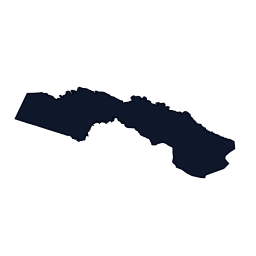 outline of Logone-Et-Chari, Extrême-Nord, Cameroon, rotated 295°
{"feature_id": "32672807B53801841297301", "entity_name": "Logone-Et-Chari", "entity_type": "district", "adm_level": 2, "iso_a3": "CMR", "parent_name": "Cameroon", "parent_adm1": "Extrême-Nord", "projection": "equal_earth", "projection_center": [14.713, 12.015], "detail": "fine", "context": "isolated", "style": "filled", "palette": "ink", "viewbox_px": 256, "rotation_deg": 295, "n_neighbors": 0, "source": "geoboundaries", "source_scale": "gbopen_adm2", "svg_char_len": 5909}
<svg xmlns="http://www.w3.org/2000/svg" viewBox="0 0 256 256"><g transform="rotate(295 128 128)"><path d="M138.2,234.0L140.5,228.7L143.7,227.6L149.2,230.0L154.3,233.2L160.3,229.7L160.3,229.4L160.4,228.3L160.1,227.8L160.4,227.1L160.5,225.3L160.0,223.8L159.8,223.6L159.9,223.0L159.7,222.5L159.4,222.4L159.3,222.1L159.9,221.0L159.7,220.6L159.1,220.4L159.1,220.0L159.5,218.6L159.5,217.9L159.2,216.2L158.6,216.0L158.4,215.8L158.5,215.4L159.3,214.4L159.4,214.1L159.1,213.6L159.2,213.1L159.1,212.9L159.5,212.5L159.5,212.1L159.0,211.3L159.2,210.8L159.1,210.3L158.7,209.8L158.7,209.4L159.2,208.4L159.2,208.1L159.1,207.7L158.6,207.2L158.8,206.9L159.6,206.4L159.7,206.0L159.6,205.7L158.9,204.9L158.7,204.4L159.0,202.3L158.9,202.0L158.5,201.4L158.5,200.9L158.8,200.7L159.2,200.5L159.3,200.0L159.0,199.1L159.1,198.7L160.2,198.2L160.4,197.8L160.1,196.7L160.3,195.9L160.4,195.0L160.4,194.9L160.6,194.1L160.9,193.5L161.7,192.8L161.8,192.5L160.9,189.5L160.9,188.2L161.8,186.9L161.8,186.2L162.3,185.8L162.1,185.0L162.7,184.3L163.1,182.8L163.9,182.3L163.8,181.1L164.3,180.8L164.5,179.7L166.4,178.3L166.4,177.5L167.1,175.5L167.1,173.5L166.7,172.8L166.0,172.2L164.3,171.3L164.0,171.0L163.8,170.4L164.2,169.6L164.2,168.2L163.9,167.9L163.4,167.6L163.2,167.3L163.1,166.3L162.6,165.4L162.5,164.8L162.9,163.5L162.4,162.8L162.3,161.0L162.0,159.9L161.7,159.8L161.4,158.2L161.4,157.7L161.7,156.7L162.0,156.3L162.4,156.1L162.8,156.1L163.5,156.5L163.9,156.6L164.1,156.4L164.2,156.0L163.9,154.6L163.0,154.0L162.6,153.6L162.5,153.2L162.6,152.7L163.1,152.1L163.5,151.9L164.2,151.8L164.8,151.4L165.3,150.5L165.4,150.0L165.2,149.5L164.0,148.0L163.7,147.1L163.6,146.1L163.7,145.1L163.6,144.7L163.0,144.2L162.4,143.2L162.2,143.4L162.3,144.1L162.1,144.9L162.0,145.1L161.6,145.2L161.2,145.0L160.6,144.2L160.4,143.4L160.2,141.3L159.8,140.3L159.7,139.5L159.9,138.4L160.2,137.9L160.8,137.5L161.1,137.2L161.3,136.6L161.2,135.0L160.5,133.3L160.4,132.8L160.5,132.3L160.7,132.1L161.2,132.0L161.8,132.4L162.1,132.4L162.7,131.5L163.0,130.4L163.0,130.0L162.7,129.5L162.3,129.2L160.9,129.0L160.6,128.7L160.2,127.7L159.7,127.4L159.5,127.0L159.6,126.7L159.8,126.5L160.5,126.6L160.7,126.4L161.1,125.2L160.6,123.5L160.2,122.9L159.1,122.5L159.4,120.2L159.4,119.8L158.5,118.9L157.2,118.2L156.5,118.2L156.1,118.7L155.7,119.9L155.3,120.1L155.1,120.4L154.1,120.2L153.4,119.6L152.6,118.6L152.0,118.1L151.6,118.0L149.4,114.4L148.8,114.2L148.5,113.3L148.6,112.6L149.5,111.8L149.9,111.2L149.2,109.4L149.1,108.9L149.5,107.7L149.6,106.9L149.4,105.6L149.8,102.1L149.1,99.2L149.7,97.4L149.9,96.4L149.7,95.3L149.9,91.6L149.4,89.6L148.1,86.8L147.9,85.5L147.8,83.7L147.5,83.1L147.1,83.2L146.4,84.5L145.9,84.7L145.3,83.9L145.2,83.3L145.4,82.3L146.1,81.1L145.6,79.2L145.9,78.1L145.6,76.6L145.8,74.5L145.6,73.2L144.7,71.0L144.4,69.7L144.2,67.3L144.1,66.7L143.2,66.1L141.1,66.5L139.6,66.4L139.1,66.0L138.9,65.5L138.9,63.5L138.6,62.2L138.2,61.3L137.8,61.0L137.6,61.0L137.0,61.4L136.5,63.1L136.1,63.9L135.7,63.8L135.3,63.5L134.8,62.5L134.8,61.7L135.8,59.9L136.1,59.0L135.6,57.8L134.8,57.1L134.3,57.2L133.5,57.5L131.6,57.6L130.9,57.1L129.6,55.7L129.0,55.6L128.5,55.8L128.4,55.0L128.7,53.7L128.8,52.9L128.5,52.6L128.2,52.8L127.0,54.8L126.5,55.2L125.9,54.9L125.4,53.8L125.2,52.3L124.9,52.0L124.1,52.0L123.6,51.5L123.3,51.1L123.3,49.9L123.6,48.5L124.1,47.1L124.4,46.8L124.5,46.0L124.2,43.4L123.8,41.8L124.0,41.2L124.5,40.8L124.6,40.5L124.5,39.5L124.1,38.2L123.6,37.8L123.3,36.6L123.5,35.6L123.4,34.6L122.8,34.0L122.0,32.8L118.9,27.0L118.6,26.3L116.6,22.3L88.9,22.0L89.9,30.1L90.0,30.4L90.2,31.9L90.2,32.9L91.2,39.4L91.3,40.9L91.8,42.8L92.2,47.0L93.2,54.5L93.3,55.7L93.6,57.4L93.7,58.5L95.1,68.8L95.1,69.6L95.6,72.4L95.7,74.1L96.1,76.6L96.6,77.5L96.9,77.7L97.1,78.0L97.0,78.4L97.1,79.3L96.6,79.7L96.3,81.2L95.7,81.8L95.4,82.4L95.8,83.6L95.7,84.5L95.9,85.0L96.6,84.8L96.9,84.8L97.1,85.2L96.7,85.7L97.0,86.6L96.3,86.5L96.2,87.0L95.5,87.1L95.4,87.4L95.8,88.0L95.3,88.7L95.3,89.0L96.4,89.4L97.2,91.1L98.4,92.2L98.6,92.5L98.8,93.3L99.1,93.6L101.0,93.0L101.3,93.2L102.2,92.8L103.2,92.7L103.5,93.0L104.1,94.6L104.5,94.1L104.1,93.1L104.5,92.6L105.0,93.9L105.3,93.9L106.6,92.6L107.0,92.5L108.6,93.6L109.7,93.5L110.5,93.9L111.0,93.9L112.5,93.4L113.6,93.8L114.2,93.5L114.7,93.4L115.2,93.5L115.5,93.9L115.8,94.9L116.5,94.0L117.1,94.0L117.4,94.3L117.8,95.1L118.5,94.6L118.7,94.8L118.5,95.5L119.0,95.8L119.4,96.5L120.0,96.9L120.9,97.0L121.3,98.4L121.2,98.5L120.5,98.4L120.5,98.6L120.7,99.0L120.7,99.4L120.5,100.0L121.3,100.1L121.7,100.9L122.4,101.0L123.2,101.8L123.1,103.0L123.5,104.5L124.0,103.9L124.1,104.0L123.8,105.3L123.3,105.7L123.2,106.2L124.8,106.8L125.0,107.1L126.8,107.4L126.7,108.1L127.1,108.6L127.7,109.8L127.1,110.3L127.0,110.5L128.3,110.9L128.4,111.4L128.9,111.6L129.3,111.6L129.3,111.0L129.5,110.8L129.8,110.6L130.1,110.8L130.2,110.4L130.6,110.6L131.2,109.8L131.8,110.8L131.6,111.5L132.4,112.0L132.7,112.9L132.8,113.8L132.7,114.3L131.2,115.8L131.0,116.4L131.0,117.9L130.8,118.7L129.9,120.1L129.9,120.5L130.0,121.4L130.8,122.6L130.7,123.3L130.3,123.7L129.4,124.1L128.7,125.1L128.7,125.9L128.5,126.6L128.6,127.6L130.3,131.7L130.5,132.5L131.0,132.9L131.2,133.6L131.2,133.9L130.4,135.0L129.8,136.3L129.8,136.9L130.1,138.3L130.1,138.5L129.9,138.8L129.3,139.4L129.0,140.0L128.9,139.8L128.5,140.9L127.4,142.4L127.3,142.9L127.3,143.3L127.7,143.8L127.9,144.0L127.3,145.3L127.3,146.1L127.7,147.5L127.4,148.7L127.3,149.9L127.7,151.3L127.5,151.9L126.8,153.2L126.4,153.8L125.7,154.2L124.7,155.7L123.8,156.3L123.4,156.7L123.4,157.5L124.2,159.3L124.9,160.3L126.4,161.2L127.3,162.1L128.1,163.3L129.2,164.1L129.5,164.9L129.9,165.5L130.2,167.6L130.3,168.6L130.4,168.9L129.9,171.3L129.7,173.6L129.9,175.2L129.7,176.4L129.1,177.2L128.2,177.9L125.1,179.2L120.5,182.0L117.0,182.7L115.9,183.4L115.7,183.8L115.2,185.8L114.6,187.2L113.8,188.3L113.2,188.5L113.6,194.3L112.4,200.5L112.2,206.0L114.1,214.7L115.5,218.3L118.2,217.9L132.0,231.7L138.2,234.0Z" fill="#0f172a" stroke="#020617" stroke-width="1.5"/></g></svg>